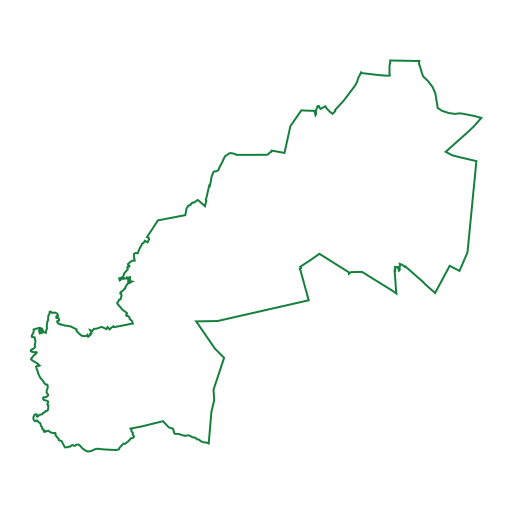 the district of Huehuetoca, México, Mexico
{"feature_id": "50627088B67518799589693", "entity_name": "Huehuetoca", "entity_type": "district", "adm_level": 2, "iso_a3": "MEX", "parent_name": "Mexico", "parent_adm1": "México", "projection": "albers", "projection_center": [-99.283, 19.822], "detail": "fine", "context": "isolated", "style": "outline", "palette": "green", "viewbox_px": 512, "rotation_deg": 0, "n_neighbors": 0, "source": "geoboundaries", "source_scale": "gbopen_adm2", "svg_char_len": 5890}
<svg xmlns="http://www.w3.org/2000/svg" viewBox="0 0 512 512"><path d="M214.2,400.1L213.5,389.8L224.1,357.8L214.9,348.6L196.2,321.4L217.6,321.0L308.7,300.3L300.3,269.7L299.8,269.0L301.1,267.9L300.2,266.8L311.2,259.6L319.4,253.8L348.8,272.3L348.9,273.8L351.2,272.1L362.0,271.9L392.4,290.7L396.3,293.5L394.6,270.6L395.2,270.7L395.0,267.1L396.2,267.5L396.9,266.9L397.8,266.9L399.0,270.7L399.4,270.3L399.8,269.5L399.5,267.7L400.1,265.5L399.8,263.9L402.2,264.8L404.9,266.9L405.3,266.4L423.6,282.4L425.1,284.2L435.1,293.0L449.7,265.8L459.5,270.9L467.5,252.3L476.4,161.1L460.4,157.4L452.2,155.3L445.7,151.8L468.1,131.8L473.9,126.3L481.3,117.9L474.4,116.0L463.7,113.9L459.6,113.3L455.3,113.9L448.9,113.1L441.8,110.7L437.7,107.9L435.3,93.3L432.6,87.1L431.4,85.5L428.1,81.2L423.2,76.5L421.7,72.4L420.1,66.7L419.0,64.0L419.3,61.0L390.2,60.5L390.1,62.9L389.5,66.0L389.5,73.7L389.8,74.6L389.8,75.5L386.7,75.7L379.1,75.1L361.8,73.1L361.1,72.4L358.2,78.2L357.0,82.0L355.0,85.7L343.9,100.4L335.1,110.0L335.3,111.0L332.6,113.8L330.9,112.6L329.6,111.5L326.6,108.3L325.3,106.3L320.5,108.9L319.5,107.6L319.1,106.3L318.7,106.0L317.5,106.2L317.3,107.4L316.3,109.2L315.9,111.7L316.2,113.9L315.5,115.2L314.4,110.9L301.3,110.4L290.4,126.1L284.5,152.9L271.7,150.6L271.7,151.2L271.2,151.9L269.5,152.6L268.8,153.8L267.1,154.8L236.5,154.9L234.9,154.0L232.2,153.3L230.2,153.1L228.9,153.6L225.0,156.3L223.6,159.1L222.6,161.5L219.9,166.5L218.4,170.0L217.4,170.7L216.1,171.4L214.7,171.3L213.6,171.8L211.9,175.7L211.3,178.1L210.9,181.1L209.8,186.0L209.2,185.6L206.4,197.9L205.7,199.8L206.4,201.2L205.8,202.6L205.0,206.2L198.2,200.2L197.5,200.1L194.2,202.5L192.3,202.6L191.9,203.3L190.8,204.0L190.5,205.1L188.4,205.6L186.6,208.3L185.3,215.1L157.9,220.4L147.0,237.1L148.5,237.8L149.2,238.9L147.7,242.2L147.5,242.4L144.9,240.8L143.6,242.9L141.9,243.9L141.1,246.0L139.9,247.8L137.7,253.3L136.1,253.0L134.9,253.2L134.2,253.9L133.8,254.7L134.2,256.9L134.0,258.3L134.5,259.1L134.7,260.6L131.9,260.8L130.0,262.2L127.9,264.2L128.4,265.7L129.3,265.7L129.4,266.5L127.3,267.1L127.8,269.3L124.4,273.1L123.0,276.8L120.5,278.1L119.2,278.3L119.8,280.4L120.5,280.0L121.3,279.1L123.6,277.7L123.8,277.8L123.8,278.8L126.8,278.2L126.9,277.4L127.7,277.5L127.6,278.9L128.3,279.6L128.2,282.0L128.9,282.2L129.4,277.4L130.0,277.2L129.8,282.0L131.3,281.3L132.1,281.5L131.0,282.0L130.3,282.6L127.7,283.7L125.7,286.4L125.5,287.5L125.0,288.1L125.1,288.6L124.0,289.3L122.2,291.2L121.2,291.9L120.9,291.9L120.6,292.3L120.3,293.0L120.6,293.5L120.6,293.9L120.9,293.9L121.1,294.3L121.2,294.5L121.3,294.4L121.6,295.4L121.2,296.7L121.2,297.6L120.5,299.2L119.7,299.7L119.0,299.7L118.4,301.4L117.2,302.8L117.5,303.9L118.4,304.6L118.5,305.0L119.0,305.9L120.5,307.2L122.2,309.6L124.9,311.4L127.1,313.3L127.1,313.6L126.2,314.8L126.3,315.3L126.7,316.0L128.2,316.1L129.4,317.3L129.7,319.1L131.7,320.7L132.9,323.5L114.1,327.2L113.5,326.3L111.3,327.7L109.7,329.4L107.6,327.1L106.4,329.1L102.4,327.2L101.4,327.1L99.9,327.4L96.9,328.6L94.0,328.9L92.3,330.9L90.1,330.1L91.6,333.0L90.1,333.9L90.6,334.7L88.2,336.7L87.5,334.9L86.7,335.9L83.8,336.1L81.8,335.8L79.5,334.0L76.5,331.0L76.6,329.4L70.4,326.3L68.9,326.2L66.8,325.7L64.8,325.6L62.9,324.9L60.9,324.7L60.6,324.2L58.2,323.6L57.4,322.5L57.2,321.3L58.5,321.0L59.2,320.2L58.7,318.2L58.3,318.0L56.9,318.1L56.3,317.7L56.3,316.7L56.4,316.3L56.7,316.1L57.9,316.0L58.0,315.7L57.9,315.0L57.2,313.7L56.2,313.1L54.9,312.6L54.0,312.6L52.2,312.9L51.6,312.5L50.9,311.7L50.4,311.5L50.0,311.6L49.6,312.0L49.5,314.1L48.6,315.2L48.3,316.0L48.0,320.5L47.3,321.5L47.2,323.2L46.7,326.3L47.1,328.4L46.5,329.4L45.8,332.8L44.0,332.3L43.5,331.9L42.0,328.6L40.2,328.2L42.0,332.8L39.8,333.4L39.1,330.9L39.6,329.0L39.5,327.8L33.6,329.5L33.7,330.5L33.5,332.7L32.7,333.8L31.7,336.0L32.0,337.0L34.6,337.3L35.0,339.8L35.5,340.7L35.1,343.7L34.7,345.0L35.1,346.6L34.6,347.7L32.5,349.3L31.1,349.8L30.7,350.5L30.8,351.2L31.5,351.7L35.1,352.4L35.8,352.0L36.7,352.4L36.3,353.3L33.7,355.5L31.2,358.7L31.0,359.2L32.2,360.4L36.2,362.7L38.1,364.0L39.6,365.6L38.9,365.9L37.6,365.6L36.1,366.6L36.8,369.2L37.5,370.7L38.3,373.8L40.4,378.0L42.1,379.8L45.0,384.0L45.8,384.5L47.2,384.6L47.7,385.7L47.7,387.4L47.4,388.8L46.7,390.6L46.5,392.3L46.8,393.0L48.1,394.5L48.2,395.3L46.7,396.8L45.8,397.2L43.5,397.3L43.0,398.5L43.3,399.4L44.2,400.1L46.7,400.7L47.6,401.1L48.1,401.8L48.1,402.4L47.3,404.1L47.6,405.0L48.3,405.2L48.4,405.4L48.2,408.2L47.9,409.9L47.4,410.6L45.6,411.1L45.0,412.1L43.1,412.9L42.5,414.0L42.1,414.3L39.5,414.8L37.6,416.7L37.1,416.7L36.8,416.4L36.7,414.4L35.6,414.3L34.7,414.7L34.1,415.4L33.6,416.7L33.4,417.5L33.5,419.3L34.4,420.7L34.9,421.1L36.1,421.1L36.9,420.4L37.2,420.4L38.4,422.1L40.2,423.2L40.7,424.7L41.1,426.2L42.0,427.1L42.4,429.0L42.6,429.3L43.5,429.7L43.6,430.2L44.1,430.2L44.5,430.6L44.6,430.8L44.1,431.7L44.4,431.9L45.0,431.9L46.1,431.1L47.6,431.2L48.2,430.9L48.6,430.9L50.7,432.4L51.5,432.7L53.0,433.1L55.1,432.9L55.4,433.1L55.6,433.8L55.4,434.8L55.6,435.5L56.5,436.2L57.1,437.3L58.6,438.8L58.7,439.9L58.9,440.2L59.2,440.4L60.7,440.7L62.0,441.5L62.5,443.1L63.3,444.3L64.5,446.7L65.2,447.5L67.0,447.1L68.2,447.2L69.1,446.5L70.4,446.5L71.8,445.2L72.2,445.1L72.9,445.1L74.0,445.8L74.9,445.8L76.2,444.8L77.6,444.5L78.3,444.6L79.2,445.0L80.5,446.2L82.3,448.3L85.0,450.2L86.8,451.2L87.7,451.5L90.5,451.2L91.4,450.9L95.4,449.1L97.3,448.8L99.2,448.8L100.2,449.1L108.4,449.7L116.6,450.0L118.9,449.3L119.6,447.7L123.4,443.6L124.9,443.9L128.2,441.4L131.1,438.2L133.2,437.8L134.0,436.6L133.4,435.4L132.6,434.5L132.9,433.0L131.5,431.4L131.6,430.1L130.6,428.6L142.3,426.3L163.0,421.2L168.7,427.3L172.8,428.6L173.9,431.5L173.9,432.3L174.3,433.1L174.8,433.7L175.5,433.9L177.5,433.9L179.2,434.1L182.7,435.3L184.3,435.6L184.9,435.9L187.2,435.4L189.4,435.5L192.5,437.3L195.3,437.7L195.9,438.1L196.2,438.6L197.1,439.4L199.0,439.6L200.7,441.2L203.8,442.3L206.4,442.6L208.7,443.5L211.4,411.9L214.2,400.1Z" fill="none" stroke="#15803d" stroke-width="2"/></svg>